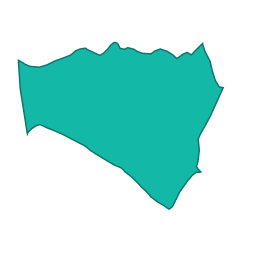 Nanee, River Gee, Liberia (Natural Earth projection), rotated 351°
{"feature_id": "62588387B68127744098501", "entity_name": "Nanee", "entity_type": "district", "adm_level": 2, "iso_a3": "LBR", "parent_name": "Liberia", "parent_adm1": "River Gee", "projection": "natural_earth1", "projection_center": [-8.141, 5.155], "detail": "fine", "context": "isolated", "style": "filled", "palette": "teal", "viewbox_px": 256, "rotation_deg": 351, "n_neighbors": 0, "source": "geoboundaries", "source_scale": "gbopen_adm2", "svg_char_len": 1431}
<svg xmlns="http://www.w3.org/2000/svg" viewBox="0 0 256 256"><g transform="rotate(351 128 128)"><path d="M27.7,118.1L29.1,116.2L32.7,113.6L38.2,111.2L41.6,110.9L44.1,112.4L48.9,115.7L54.8,119.1L62.6,124.1L66.9,127.3L74.3,132.8L74.8,133.2L77.3,135.0L81.7,138.2L82.8,139.2L84.0,140.3L87.8,144.7L92.8,149.1L103.4,158.1L105.0,159.4L108.2,162.0L110.7,163.6L112.2,164.5L114.8,166.2L116.0,167.5L118.5,171.2L121.3,174.0L125.5,178.9L128.9,183.6L132.4,188.9L136.7,194.3L139.8,199.6L145.9,205.9L147.5,207.1L151.2,210.1L154.8,213.6L155.9,214.6L159.6,212.5L162.0,209.3L168.7,199.7L173.5,194.6L178.0,190.1L179.2,188.9L180.8,187.6L184.0,184.9L188.2,182.4L191.5,183.0L193.1,182.8L190.7,179.5L189.6,176.8L192.0,171.5L194.9,161.3L195.6,150.0L197.9,146.2L206.7,135.0L210.7,129.8L211.3,129.0L220.9,114.4L221.1,114.1L228.3,103.1L224.6,101.7L221.7,94.9L220.1,84.0L219.4,74.9L215.9,64.0L214.9,57.2L214.9,56.2L210.5,59.3L202.0,65.7L198.2,62.6L193.6,63.8L189.9,65.7L187.1,67.1L184.3,63.5L183.9,63.0L178.7,58.4L172.2,55.0L166.3,56.2L162.4,58.4L154.0,56.5L149.0,53.8L146.2,51.2L140.3,48.6L137.1,49.7L132.8,48.2L130.9,42.9L129.9,42.2L128.6,41.4L126.7,41.7L123.8,43.6L120.2,47.0L115.3,50.4L111.7,51.9L106.5,48.5L101.0,44.8L100.4,44.4L98.4,42.5L92.9,42.5L88.3,43.6L82.8,47.0L74.7,48.8L70.1,49.7L66.5,50.3L57.8,53.0L50.0,54.1L40.9,51.8L36.6,49.2L30.8,44.2L30.3,44.0L28.4,64.9L27.7,72.7L27.7,118.1Z" fill="#14b8a6" stroke="#0f766e" stroke-width="1.5"/></g></svg>